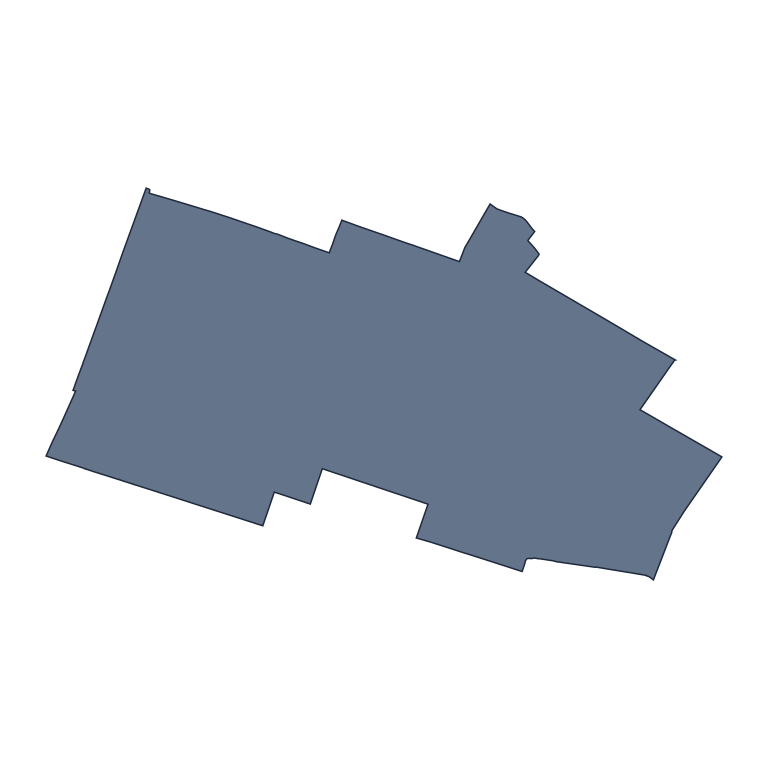 the district of Obarsia, Olt, Romania
{"feature_id": "2599482B32252281662846", "entity_name": "Obarsia", "entity_type": "district", "adm_level": 2, "iso_a3": "ROU", "parent_name": "Romania", "parent_adm1": "Olt", "projection": "equal_earth", "projection_center": [24.286, 43.896], "detail": "fine", "context": "isolated", "style": "filled", "palette": "slate", "viewbox_px": 768, "rotation_deg": 0, "n_neighbors": 0, "source": "geoboundaries", "source_scale": "gbopen_adm2", "svg_char_len": 2579}
<svg xmlns="http://www.w3.org/2000/svg" viewBox="0 0 768 768"><path d="M653.4,579.9L659.1,565.2L667.0,544.7L669.8,537.4L671.8,532.4L671.7,531.5L672.4,529.8L684.6,510.7L718.9,461.3L721.2,457.9L721.9,456.9L666.6,425.1L640.0,409.7L671.8,364.1L674.0,361.1L674.5,360.2L675.4,360.0L669.7,356.8L641.9,340.9L610.1,322.1L579.8,304.4L538.2,280.1L525.2,272.3L538.5,255.5L539.1,254.1L534.6,248.1L527.9,240.7L527.9,240.4L534.7,231.5L532.2,228.8L527.0,221.9L525.1,219.7L523.4,218.3L521.2,216.9L516.5,215.4L516.1,215.3L515.0,215.0L513.3,214.4L512.4,214.1L511.8,214.0L509.5,213.3L509.3,213.2L500.7,210.3L496.8,208.8L491.1,204.7L490.1,204.0L484.1,214.3L473.5,232.7L466.2,245.3L465.5,246.4L465.0,247.2L462.2,254.4L459.4,261.6L424.0,249.1L418.2,247.1L415.8,246.2L412.4,245.0L406.6,243.1L398.0,240.1L393.5,238.5L384.8,235.4L377.3,232.8L371.8,230.9L364.6,228.4L359.5,226.6L355.3,225.1L350.4,223.3L342.2,220.3L341.9,220.1L340.4,223.8L338.6,228.3L336.1,234.0L334.5,238.3L333.7,240.8L332.2,245.1L331.7,246.3L330.3,249.8L329.3,252.8L317.7,248.8L309.7,245.9L305.0,244.1L299.8,242.3L294.4,240.5L288.2,238.3L277.4,234.1L274.8,233.6L269.7,231.6L263.0,229.2L256.4,226.8L245.7,223.2L235.3,219.6L228.6,217.3L220.8,214.8L210.1,211.3L205.1,209.9L195.0,206.8L186.4,204.2L161.2,196.7L150.9,193.7L149.7,193.1L149.1,192.8L149.7,190.9L149.8,190.5L149.8,190.1L149.6,189.5L147.4,188.6L146.2,188.1L145.4,190.1L145.1,191.2L144.4,193.0L122.6,253.0L115.8,272.4L115.0,274.6L109.8,289.2L108.7,292.2L108.5,292.6L106.6,297.8L97.4,323.3L96.2,326.7L95.2,329.3L91.5,339.6L90.7,341.8L90.3,343.0L89.2,345.9L88.2,348.7L85.0,357.6L84.2,359.7L83.1,362.6L82.7,364.0L78.9,374.1L75.5,383.4L74.4,386.6L74.0,387.7L73.0,390.3L74.5,390.8L75.6,391.1L69.5,404.8L63.3,418.6L58.6,428.9L52.5,441.5L46.1,456.0L46.3,456.1L59.9,460.6L65.5,462.4L85.3,468.7L85.3,468.8L85.2,468.9L86.2,469.2L90.2,470.5L92.1,471.1L93.7,471.7L95.2,472.1L95.8,472.3L99.5,473.5L119.1,479.7L119.4,479.5L120.0,479.7L120.1,480.0L124.3,481.4L136.5,485.3L147.0,488.6L260.9,525.2L261.3,525.1L261.8,525.3L261.8,525.5L262.8,525.8L274.3,492.1L310.3,504.1L322.3,468.7L428.0,504.2L416.3,538.0L430.2,542.0L450.5,548.5L459.3,551.4L481.8,558.5L491.4,561.6L499.8,564.3L514.3,569.0L522.1,571.5L522.3,571.0L524.1,565.7L524.2,565.4L524.9,563.3L525.4,560.8L526.0,560.1L526.7,559.0L527.6,558.5L528.2,558.4L529.6,558.5L531.5,558.6L532.6,558.4L533.4,558.2L534.4,558.0L536.0,558.3L538.0,558.7L539.2,558.7L553.1,560.8L554.1,561.1L557.2,561.9L559.2,562.1L595.3,567.3L596.1,567.1L645.8,575.3L645.7,575.5L648.9,576.6L650.5,577.7L653.4,579.9Z" fill="#64748b" stroke="#1e293b" stroke-width="1.5"/></svg>